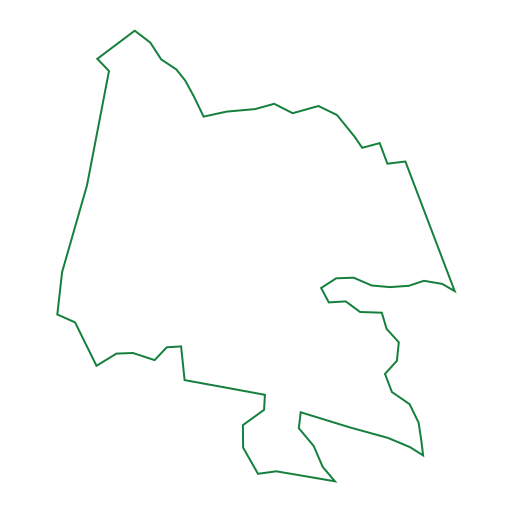 Harmonia, Rio Grande do Sul, Brazil
{"feature_id": "56859067B90836934538092", "entity_name": "Harmonia", "entity_type": "district", "adm_level": 2, "iso_a3": "BRA", "parent_name": "Brazil", "parent_adm1": "Rio Grande do Sul", "projection": "robinson", "projection_center": [-51.418, -29.546], "detail": "fine", "context": "isolated", "style": "outline", "palette": "green", "viewbox_px": 512, "rotation_deg": 0, "n_neighbors": 0, "source": "geoboundaries", "source_scale": "gbopen_adm2", "svg_char_len": 940}
<svg xmlns="http://www.w3.org/2000/svg" viewBox="0 0 512 512"><path d="M379.7,143.1L362.2,147.8L354.5,136.6L337.0,115.0L318.4,106.0L292.7,113.2L274.2,103.8L255.1,109.1L226.7,111.6L203.6,116.6L193.8,96.3L185.1,80.4L176.3,69.4L161.2,59.4L150.3,42.6L134.7,30.7L97.3,58.8L109.0,71.0L87.0,185.3L62.1,272.1L57.3,314.5L75.1,322.4L83.8,340.1L96.5,365.8L116.4,353.6L132.9,353.0L154.6,360.1L166.8,347.3L181.1,346.4L184.6,380.1L264.9,394.8L264.1,409.8L242.9,425.1L243.1,447.6L258.0,473.8L276.3,471.3L334.9,481.3L322.7,466.9L313.7,446.0L298.8,428.2L300.7,412.3L350.5,427.6L387.9,437.9L410.1,447.2L423.1,455.4L421.3,440.4L418.6,422.6L409.6,404.2L391.9,392.0L385.0,373.9L396.9,360.8L398.8,342.3L386.6,328.9L381.8,312.7L360.1,312.0L345.7,301.4L328.8,302.4L321.1,288.0L336.2,278.3L353.7,277.7L371.7,285.5L390.0,287.1L408.8,285.8L423.9,280.8L442.2,283.9L454.7,291.1L405.4,161.5L387.4,163.7L379.7,143.1Z" fill="none" stroke="#15803d" stroke-width="2"/></svg>